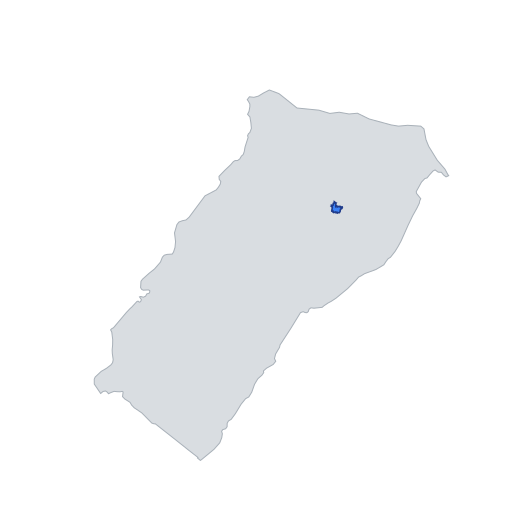 Atwima Kwanwoma, Ashanti, Ghana (highlighted), rotated 219°
{"feature_id": "2480657B14749544754301", "entity_name": "Atwima Kwanwoma", "entity_type": "district", "adm_level": 2, "iso_a3": "GHA", "parent_name": "Ghana", "parent_adm1": "Ashanti", "projection": "equal_earth", "projection_center": [-1.697, 6.59], "detail": "fine", "context": "in_parent", "style": "filled", "palette": "blue", "viewbox_px": 512, "rotation_deg": 219, "n_neighbors": 0, "source": "geoboundaries", "source_scale": "gbopen_adm2", "svg_char_len": 5253}
<svg xmlns="http://www.w3.org/2000/svg" viewBox="0 0 512 512"><g transform="rotate(219 256 256)"><path d="M301.1,54.7L304.2,58.5L304.8,60.7L303.7,68.9L301.5,74.7L300.2,80.1L300.3,82.8L301.7,85.5L306.3,89.8L308.7,92.5L311.5,96.7L314.7,100.8L320.2,106.1L322.5,107.1L322.4,108.6L321.6,110.6L321.2,130.5L320.8,135.6L320.4,138.2L319.9,145.6L319.3,146.7L318.3,146.6L317.3,146.9L317.1,148.3L317.5,149.9L320.8,150.9L320.1,152.0L317.6,153.1L316.5,155.3L317.0,157.8L315.6,159.9L316.0,161.3L316.9,162.3L318.3,161.9L322.1,158.5L323.8,158.1L325.8,158.8L329.5,164.0L329.6,166.6L328.2,175.3L326.7,182.1L326.4,191.1L328.0,196.2L327.8,198.9L326.1,201.3L322.3,204.8L322.6,207.2L324.3,211.6L327.6,216.6L333.9,222.7L337.2,230.6L337.3,233.9L335.4,237.1L333.1,239.9L332.4,244.0L333.5,270.7L328.5,282.3L328.5,285.6L329.0,289.4L330.3,291.8L332.8,292.4L334.9,294.6L334.2,302.8L333.1,311.1L333.0,315.1L332.3,317.0L330.4,318.6L329.7,321.2L330.2,324.4L329.8,326.8L330.9,329.9L333.1,333.8L336.8,343.3L338.2,344.1L338.8,346.1L338.5,348.1L339.9,352.3L344.0,356.5L348.2,360.2L351.7,360.8L352.5,364.1L354.8,368.3L356.4,370.2L359.1,371.4L361.2,372.0L361.3,375.6L357.5,378.0L354.8,381.7L352.8,387.3L350.1,393.4L340.5,396.6L336.9,396.7L317.3,396.8L298.9,408.9L288.3,413.3L281.8,420.1L273.1,424.9L267.0,430.8L254.3,433.7L233.5,442.9L227.0,446.6L220.4,453.0L209.7,460.6L205.5,460.5L197.1,453.4L190.8,449.9L175.4,444.5L163.8,442.4L158.3,440.1L156.8,439.7L158.1,437.1L161.3,437.0L164.6,437.7L167.2,435.8L171.0,435.6L171.9,433.5L172.2,428.4L172.2,424.3L173.5,422.5L173.9,417.6L172.0,406.9L170.7,405.7L164.0,404.2L163.5,402.0L162.3,399.8L161.0,394.2L159.6,386.0L157.2,375.8L152.7,359.0L151.6,353.0L150.8,347.0L150.7,339.7L151.6,337.1L151.5,333.3L151.1,329.6L154.3,321.0L160.5,310.6L161.8,306.8L163.0,304.2L163.1,300.4L164.3,288.2L167.3,273.5L169.1,267.9L170.4,264.9L171.9,260.0L172.3,257.7L178.1,251.9L180.7,250.3L181.3,248.1L180.4,245.6L180.8,243.9L182.2,243.0L184.3,242.4L185.8,240.0L183.4,221.8L181.5,203.7L181.4,202.2L180.2,199.7L179.1,192.2L177.1,187.9L174.4,186.6L174.4,182.5L177.2,175.5L177.9,171.4L176.6,170.2L176.4,167.0L177.3,161.9L176.9,158.8L176.4,155.4L173.6,147.5L172.9,141.9L174.3,138.6L174.3,131.4L172.8,120.4L172.5,113.4L173.6,110.5L173.1,107.8L171.0,105.1L170.9,102.6L172.6,100.1L172.4,98.1L170.3,96.7L168.3,93.3L166.6,88.0L167.0,79.3L170.2,63.5L170.6,62.1L174.3,62.2L174.3,62.9L185.8,62.7L198.9,62.6L214.6,62.4L228.8,62.2L229.4,61.5L231.8,60.6L246.1,62.2L255.1,61.4L258.9,61.9L261.7,63.0L267.9,62.3L271.2,62.7L273.7,66.7L274.8,66.6L276.1,65.0L278.6,63.1L281.1,61.5L282.9,58.4L284.0,56.1L285.7,56.6L288.0,56.4L289.6,54.5L290.2,51.4L301.1,54.7Z" fill="#d9dde1" stroke="#a8b0b8" stroke-width="1"/><path d="M228.9,342.0L228.6,342.0L228.4,342.0L228.0,342.0L227.9,341.9L227.7,341.8L227.5,341.7L227.2,341.7L227.0,341.3L226.9,341.1L226.8,340.8L226.7,340.7L226.4,340.6L226.3,340.4L226.2,340.2L226.2,339.9L226.2,339.7L225.9,339.4L225.8,339.2L225.7,338.9L225.6,338.7L225.4,338.5L225.2,338.7L225.1,338.8L225.0,339.1L224.8,339.2L224.7,339.3L224.4,339.4L224.3,339.0L224.2,338.7L223.8,338.6L223.6,338.5L223.3,338.7L223.2,338.9L222.8,338.8L222.8,339.0L222.7,339.3L222.4,339.6L222.2,340.0L221.9,340.3L221.7,340.6L221.3,340.5L221.1,340.5L221.1,340.4L220.9,340.5L220.6,340.5L220.6,340.4L220.5,340.5L220.4,340.8L220.3,341.0L220.2,340.9L220.1,340.7L220.0,340.4L219.8,340.4L219.7,340.7L219.7,340.8L219.7,341.1L219.5,341.4L219.3,341.5L219.1,341.6L218.9,341.8L218.5,342.0L218.4,342.1L218.4,342.3L218.5,342.4L218.6,342.5L218.6,342.9L218.7,343.0L218.6,343.3L218.6,343.5L218.8,343.8L219.0,344.3L219.2,344.5L219.3,344.6L219.5,344.6L219.6,344.9L219.6,345.0L219.5,345.3L219.5,345.5L219.7,345.8L219.8,345.9L219.7,346.1L219.5,346.3L219.4,346.4L219.3,346.5L219.2,346.7L219.2,346.8L219.1,347.0L219.2,347.3L219.3,347.4L219.3,347.5L219.5,347.7L219.5,347.8L219.7,348.0L219.6,348.3L219.9,348.5L220.0,348.5L220.2,348.4L220.3,348.2L220.3,347.9L220.4,347.6L220.4,347.4L220.5,347.4L220.7,347.2L220.8,347.2L221.0,347.1L221.2,347.3L221.3,347.3L221.6,347.5L221.8,347.6L222.0,347.5L221.9,347.1L222.0,347.0L222.1,346.8L222.2,346.7L222.3,346.6L222.5,346.5L222.8,346.7L223.0,346.6L223.1,346.4L223.4,346.1L223.4,345.7L223.5,345.5L223.6,345.3L223.7,345.5L223.8,345.5L224.2,345.6L224.3,345.5L224.6,345.6L224.6,345.8L224.8,345.9L225.0,345.7L225.2,345.2L225.3,344.8L225.3,344.7L225.6,345.0L225.7,345.3L225.8,345.5L226.2,346.0L226.3,346.1L226.4,346.3L226.5,346.5L226.7,347.0L226.8,347.1L227.0,347.2L227.1,347.3L227.3,347.2L227.3,347.3L227.5,347.1L227.8,347.0L228.0,347.3L228.1,347.2L228.1,347.3L228.6,347.5L228.8,347.5L229.0,347.5L228.9,347.4L229.0,347.4L228.9,347.3L229.0,347.2L228.9,347.1L228.9,346.9L228.9,346.7L229.0,346.7L228.9,346.5L228.9,346.4L228.9,346.5L228.9,346.4L228.8,346.2L228.8,345.9L228.7,345.9L228.7,345.7L228.7,345.4L228.6,345.2L228.6,345.3L228.6,345.2L228.5,344.9L228.4,344.9L228.5,344.9L228.4,344.8L228.4,344.7L228.3,344.4L228.3,344.2L228.2,344.1L228.2,343.9L228.3,343.9L228.2,343.9L228.2,343.7L228.3,343.6L228.4,343.4L228.5,343.4L228.6,343.2L228.6,343.3L228.8,343.3L228.7,343.4L228.8,343.4L229.0,343.4L229.2,343.2L228.9,343.0L229.0,343.0L228.9,343.0L228.9,342.9L229.0,342.8L229.0,342.7L228.9,342.6L229.0,342.5L229.0,342.4L228.8,342.2L228.9,342.0Z" fill="#3b82f6" stroke="#1e3a8a" stroke-width="1.5"/></g></svg>